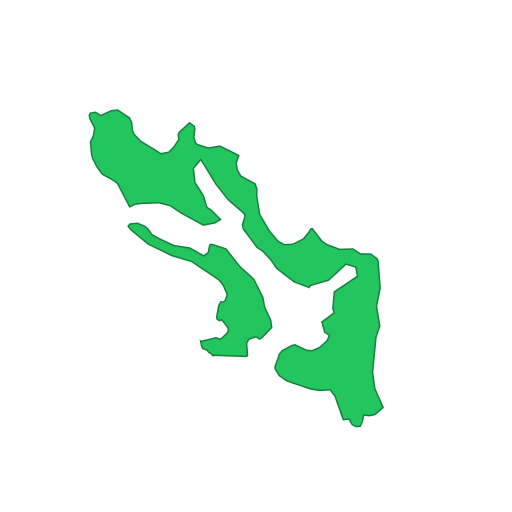 Island, Washington, United States of America (Albers equal-area conic projection), rotated 156°
{"feature_id": "52423323B81098999696635", "entity_name": "Island", "entity_type": "district", "adm_level": 2, "iso_a3": "USA", "parent_name": "United States of America", "parent_adm1": "Washington", "projection": "albers", "projection_center": [-122.525, 48.158], "detail": "fine", "context": "isolated", "style": "filled", "palette": "green", "viewbox_px": 512, "rotation_deg": 156, "n_neighbors": 0, "source": "geoboundaries", "source_scale": "gbopen_adm2", "svg_char_len": 2464}
<svg xmlns="http://www.w3.org/2000/svg" viewBox="0 0 512 512"><g transform="rotate(156 256 256)"><path d="M146.6,201.5L146.5,203.9L150.2,211.0L159.7,215.4L164.7,223.0L176.9,228.0L186.5,237.5L189.8,242.8L193.5,258.1L194.6,258.5L197.8,256.4L205.7,252.3L217.6,251.7L225.8,255.0L229.9,260.7L233.7,273.6L235.7,292.8L231.0,310.4L227.9,317.1L227.5,322.3L237.4,335.2L238.1,342.3L236.4,348.8L230.9,354.9L244.2,371.0L255.6,374.0L264.5,381.9L265.2,384.6L264.4,390.0L260.3,396.8L259.7,399.6L262.5,404.7L275.8,400.2L277.6,398.7L279.2,393.8L286.2,389.2L293.4,386.3L301.2,388.1L314.7,407.8L317.9,416.6L317.8,420.7L315.3,428.8L315.4,433.5L323.0,445.6L329.1,447.6L340.6,447.4L344.2,452.6L349.4,453.9L351.1,452.4L351.9,449.0L351.3,438.5L355.9,431.7L360.7,427.8L364.9,415.5L365.5,411.1L365.1,402.9L363.3,393.5L355.2,382.7L353.0,378.4L351.4,352.2L345.6,352.5L338.7,350.5L322.7,344.0L313.8,336.7L306.9,325.7L291.5,305.6L280.0,303.0L273.6,303.8L278.1,315.9L281.1,320.4L279.6,333.0L281.9,348.1L277.5,361.6L267.1,366.6L263.4,338.1L258.5,318.7L249.5,299.4L249.6,297.1L255.7,290.0L256.6,285.8L251.5,263.2L247.9,257.8L243.9,246.2L242.3,236.9L241.0,234.1L231.5,216.7L220.2,205.6L218.6,207.0L199.4,204.4L177.2,212.0L169.3,205.3L171.6,196.2L199.0,191.4L207.2,176.8L207.6,172.3L222.6,169.0L224.2,158.4L221.1,153.7L225.4,149.7L235.2,146.5L243.2,146.7L248.0,149.1L256.6,159.1L259.9,159.6L270.8,158.8L275.0,156.5L276.7,154.3L283.8,147.0L284.4,144.9L283.4,137.3L278.5,129.2L260.2,112.3L252.9,107.5L242.7,103.6L240.8,96.0L242.8,70.9L237.4,69.3L236.7,62.8L234.0,59.4L230.0,58.1L226.1,61.6L222.4,66.8L216.9,63.8L211.8,62.8L201.5,65.9L201.4,86.7L196.8,102.4L179.4,133.1L171.4,141.7L166.4,161.1L155.7,176.1L146.6,201.5ZM335.8,182.3L335.4,182.7L305.5,168.1L304.1,168.8L300.1,180.1L296.7,182.8L290.2,182.5L288.0,181.5L287.0,179.0L284.9,178.6L270.7,184.3L268.6,191.8L269.0,205.2L266.6,215.6L267.5,235.8L275.1,253.0L280.6,274.7L292.1,285.0L293.8,284.8L298.3,278.5L303.8,277.4L313.1,290.1L326.6,298.8L338.6,312.6L342.4,317.8L343.8,324.9L345.4,328.2L350.9,334.1L358.2,336.5L360.7,335.2L359.7,331.0L349.7,310.9L332.9,290.8L316.9,277.0L299.4,249.0L297.8,242.1L298.0,232.4L302.3,227.8L305.1,227.2L306.7,228.5L310.3,225.7L317.0,215.8L317.1,213.9L315.7,211.8L313.1,211.6L310.9,202.2L310.9,200.6L313.0,197.7L321.2,194.6L322.9,194.8L325.5,197.5L340.8,200.3L341.2,200.9L342.0,197.3L342.4,193.9L342.1,192.9L339.1,190.0L338.3,187.0L337.1,185.7L335.8,182.3Z" fill="#22c55e" stroke="#15803d" stroke-width="1.5"/></g></svg>